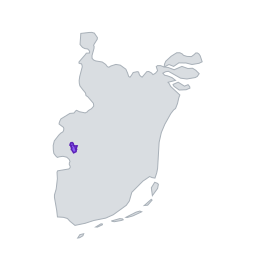 Wierden, Overijssel, Netherlands shown in context, rotated 171°
{"feature_id": "6326949B51321432196028", "entity_name": "Wierden", "entity_type": "district", "adm_level": 2, "iso_a3": "NLD", "parent_name": "Netherlands", "parent_adm1": "Overijssel", "projection": "albers", "projection_center": [6.562, 52.343], "detail": "fine", "context": "in_parent", "style": "filled", "palette": "violet", "viewbox_px": 256, "rotation_deg": 171, "n_neighbors": 0, "source": "geoboundaries", "source_scale": "gbopen_adm2", "svg_char_len": 4169}
<svg xmlns="http://www.w3.org/2000/svg" viewBox="0 0 256 256"><g transform="rotate(171 128 128)"><path d="M159.8,228.8L155.3,228.6L151.0,228.4L148.8,228.1L146.5,227.0L146.4,227.0L145.4,224.8L144.1,222.1L144.5,220.5L148.5,215.9L149.1,214.7L148.7,214.0L149.1,212.0L152.2,205.2L152.6,202.4L151.3,200.5L149.4,199.3L143.1,197.2L140.1,194.3L138.8,191.8L137.4,191.0L135.3,191.9L130.1,192.7L125.8,191.3L120.9,186.4L119.8,182.2L119.3,178.9L118.1,177.8L116.4,179.4L114.2,182.0L110.0,182.2L108.8,181.6L108.6,180.1L108.4,178.7L107.3,177.0L106.1,176.0L100.6,180.7L98.7,180.6L96.2,178.7L95.0,176.8L92.3,177.8L89.8,180.0L90.5,184.2L89.1,185.0L86.1,184.5L82.7,182.6L78.9,181.5L73.3,178.3L65.1,180.4L59.6,177.4L54.9,176.9L52.1,174.5L49.2,170.5L51.5,168.1L53.7,167.3L62.2,167.2L68.3,169.0L79.2,177.7L82.0,177.7L85.0,176.7L83.6,174.4L80.8,173.3L76.7,170.9L73.6,167.6L81.3,166.9L80.3,165.2L79.4,162.4L71.6,152.5L73.1,149.9L75.3,144.4L78.0,139.8L80.1,138.7L83.5,135.5L91.0,126.0L95.8,118.3L99.5,109.0L105.1,83.4L106.7,79.1L109.2,74.3L112.1,75.3L114.2,76.7L121.6,73.2L134.3,63.9L138.1,55.7L141.8,51.9L156.2,44.6L164.1,42.5L176.3,42.0L185.1,40.6L195.6,40.1L199.7,44.7L202.0,48.1L205.8,49.9L211.6,51.2L211.3,57.8L211.5,71.0L211.1,73.4L208.5,78.9L205.7,88.9L205.0,95.5L204.2,96.7L192.9,96.8L191.3,97.9L191.1,99.3L191.7,101.0L191.4,102.7L190.5,104.0L191.0,106.2L193.0,108.7L196.6,110.2L200.4,110.3L202.4,110.0L203.8,111.8L205.2,114.5L205.2,117.9L204.6,122.5L202.8,126.8L197.6,131.7L195.3,133.4L193.0,134.3L192.0,135.6L191.5,137.2L191.6,138.7L195.4,142.6L195.3,143.5L194.2,145.6L192.8,147.5L183.1,151.5L179.1,151.2L176.8,153.2L176.0,153.5L173.5,151.7L167.9,149.6L165.7,150.3L164.5,151.4L161.0,152.8L158.4,155.0L158.3,157.8L162.8,165.1L164.4,166.6L164.5,169.3L166.6,172.8L168.9,177.1L169.1,179.8L168.8,182.6L167.6,186.5L163.6,195.6L163.6,197.4L163.9,198.7L165.3,199.1L166.3,199.8L166.0,201.0L158.5,207.3L157.5,208.4L154.4,208.1L153.9,209.1L154.3,210.8L155.5,212.4L158.2,213.2L160.4,214.8L162.3,218.0L159.8,228.8ZM82.7,182.6L82.0,185.3L80.2,188.1L74.2,192.1L68.1,194.7L65.0,194.2L62.9,192.7L61.8,191.1L58.6,189.5L54.2,188.6L51.3,190.1L49.3,191.5L47.6,191.2L46.3,189.9L45.4,187.9L44.4,181.8L47.7,180.8L54.9,180.7L60.4,183.1L67.6,184.4L73.3,181.7L77.6,184.3L82.7,182.6ZM71.5,157.5L75.6,161.5L76.5,162.7L76.7,164.0L71.3,165.4L65.7,160.5L61.9,161.4L60.6,159.1L60.6,157.7L64.6,156.7L71.5,157.5ZM114.3,65.3L110.1,70.2L107.5,68.7L106.8,67.6L108.2,63.7L114.5,57.4L114.3,65.3ZM133.3,43.6L129.3,44.1L127.6,43.1L137.0,40.4L143.0,39.7L144.1,40.1L133.3,43.6ZM158.6,38.8L150.3,39.8L147.5,39.0L147.1,38.1L149.3,37.7L156.3,37.6L158.5,38.4L158.6,38.8ZM124.1,48.9L116.2,53.9L115.5,53.0L120.6,48.7L124.1,48.9ZM192.2,30.2L188.3,30.5L189.4,28.6L193.0,27.2L194.9,27.2L192.2,30.2ZM175.4,35.3L169.6,37.6L168.2,37.1L168.5,36.4L173.7,34.9L175.4,35.3Z" fill="#d9dde1" stroke="#a8b0b8" stroke-width="1"/><path d="M186.6,114.3L186.5,114.2L186.4,113.8L186.2,113.5L186.1,113.1L185.7,112.3L185.6,112.0L184.8,112.2L183.0,112.8L182.7,113.7L182.9,114.5L182.1,114.9L182.2,115.4L182.3,115.7L182.4,115.8L182.9,115.8L183.2,115.9L183.2,116.0L183.1,116.3L182.8,116.3L182.7,116.3L182.6,116.5L182.4,116.5L182.2,116.6L181.9,116.7L181.9,116.8L181.9,117.0L181.4,117.7L181.1,118.1L181.0,118.3L181.9,118.5L182.0,118.5L182.3,118.5L182.6,118.5L183.1,118.4L183.1,118.5L183.3,118.5L183.4,118.4L183.4,118.5L183.5,118.5L183.6,118.8L183.7,119.0L183.8,119.1L184.0,119.1L184.2,118.9L184.3,118.9L184.3,119.0L184.4,119.3L184.5,119.4L184.5,119.5L184.6,119.8L184.6,120.2L184.6,120.3L184.6,120.6L184.5,120.8L184.5,121.1L184.7,121.5L184.8,121.6L185.0,121.9L185.0,122.0L185.3,122.3L185.6,122.4L185.8,122.3L186.0,122.3L186.4,122.2L186.8,122.3L187.0,122.1L187.3,121.6L187.4,121.4L187.7,121.0L187.7,120.9L187.8,120.5L187.9,120.4L188.0,120.1L187.4,119.8L187.0,119.7L187.3,119.6L187.2,119.5L187.2,119.4L186.9,119.3L186.9,119.1L187.0,119.1L187.1,118.9L187.3,118.6L187.4,118.4L187.3,118.2L187.2,118.1L187.0,117.9L186.9,117.8L186.8,117.7L186.7,117.6L186.6,117.4L186.5,117.2L186.8,117.1L187.0,116.8L187.0,116.7L187.0,116.4L187.2,116.2L187.3,116.0L187.3,115.9L187.3,115.7L187.2,115.7L186.9,115.2L186.6,114.3Z" fill="#8b5cf6" stroke="#5b21b6" stroke-width="1.5"/></g></svg>